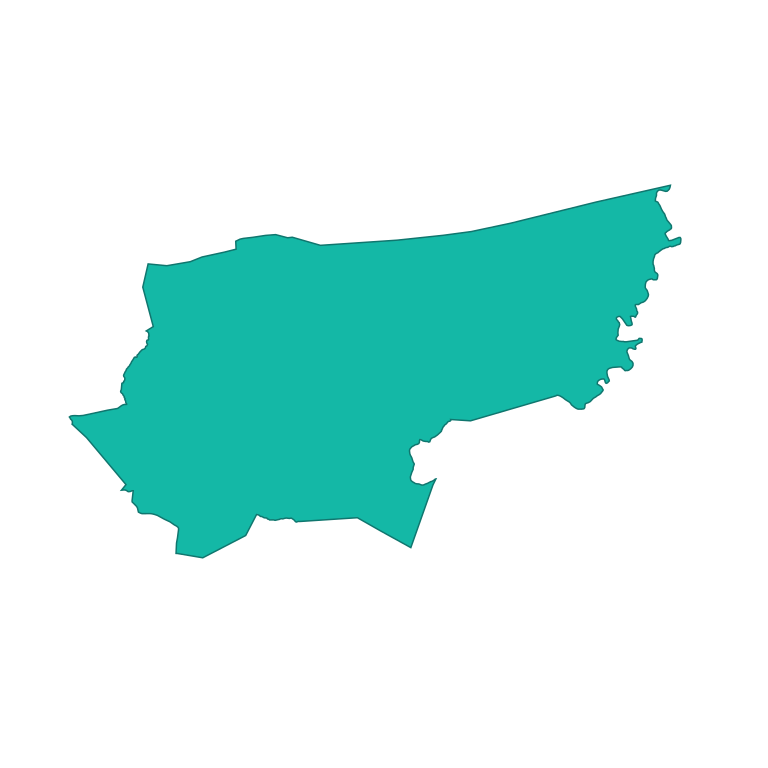 outline of Moamba, Maputo, Mozambique, rotated 81°
{"feature_id": "85939544B51879158696861", "entity_name": "Moamba", "entity_type": "district", "adm_level": 2, "iso_a3": "MOZ", "parent_name": "Mozambique", "parent_adm1": "Maputo", "projection": "robinson", "projection_center": [32.243, -25.316], "detail": "fine", "context": "isolated", "style": "filled", "palette": "teal", "viewbox_px": 768, "rotation_deg": 81, "n_neighbors": 0, "source": "geoboundaries", "source_scale": "gbopen_adm2", "svg_char_len": 6087}
<svg xmlns="http://www.w3.org/2000/svg" viewBox="0 0 768 768"><g transform="rotate(81 384 384)"><path d="M447.8,659.9L447.9,658.0L448.2,656.2L449.0,654.9L450.2,653.7L450.4,653.2L450.5,651.4L450.0,649.6L450.2,648.4L459.9,651.1L461.1,651.2L465.9,647.7L467.7,646.9L472.1,646.6L473.5,644.7L474.2,643.3L475.4,635.3L475.9,633.5L476.8,631.3L478.3,628.4L483.1,622.2L486.7,616.9L490.3,613.2L491.9,611.1L493.4,609.8L494.5,609.5L496.0,609.8L503.8,612.1L508.6,613.8L518.8,615.9L519.0,614.8L527.3,590.2L512.0,544.3L493.0,530.3L493.7,528.3L495.4,526.8L495.6,526.4L495.8,525.3L497.2,523.6L497.6,522.6L497.8,521.4L498.1,520.7L499.1,520.2L499.6,519.0L500.4,518.2L500.9,514.5L501.6,512.9L501.5,510.9L501.4,510.2L501.4,508.8L501.0,507.2L501.0,506.4L501.4,505.0L501.1,502.9L501.1,501.4L502.0,498.5L501.9,496.9L502.1,496.3L504.2,494.1L505.9,493.1L506.4,492.6L506.6,492.3L506.6,491.7L506.3,490.3L506.6,488.8L511.9,431.2L528.7,410.2L549.8,383.1L491.3,351.4L485.9,347.6L485.9,348.2L486.8,349.7L487.6,351.6L487.7,353.0L488.9,356.5L489.3,358.7L489.9,360.7L489.8,362.4L488.2,365.1L487.7,367.3L487.0,368.9L485.9,370.0L485.1,371.1L483.8,372.2L482.9,372.6L480.6,372.6L479.6,372.4L475.5,370.3L472.9,368.6L470.9,368.2L468.0,366.7L467.4,366.7L465.4,367.5L461.2,368.1L458.4,369.1L456.8,369.4L454.2,369.3L453.2,369.1L452.1,368.4L450.4,366.4L449.2,363.2L448.9,362.7L448.8,360.5L448.3,359.0L447.3,358.2L445.2,357.7L444.5,357.3L444.8,356.2L446.4,354.3L447.2,352.1L447.6,350.1L448.4,348.9L448.2,347.8L446.2,346.7L445.1,345.7L444.5,343.9L444.2,342.2L442.6,339.0L440.4,335.7L439.6,334.7L438.6,334.2L438.4,334.3L437.5,333.4L436.2,332.8L435.0,331.4L434.0,330.5L433.1,328.7L431.2,326.6L430.9,324.4L430.5,323.8L429.9,323.6L429.5,323.7L433.9,304.3L422.6,216.0L422.2,215.3L422.2,214.6L422.8,212.9L423.8,211.4L425.7,209.2L427.8,207.3L430.9,203.7L432.0,202.9L433.9,202.1L436.6,199.7L438.0,198.1L438.9,196.8L439.2,196.1L439.7,193.1L439.8,191.0L439.6,190.2L438.7,189.4L436.0,188.7L435.1,188.2L434.7,187.3L434.4,185.2L433.6,183.0L430.9,179.5L429.8,176.7L428.9,175.1L428.2,173.2L427.4,171.6L424.7,168.7L423.7,168.5L422.9,169.0L421.3,169.4L420.6,169.9L419.0,171.5L417.8,173.1L417.4,173.4L415.6,172.9L415.0,172.6L414.1,171.5L413.5,170.1L413.3,169.4L413.2,168.4L413.4,166.1L414.4,165.5L417.2,165.1L417.8,164.8L418.1,164.3L417.8,163.0L417.5,162.7L416.2,161.0L415.1,161.0L411.5,162.0L407.9,162.1L406.0,161.7L404.9,160.9L404.4,160.3L404.0,159.6L403.7,158.4L403.4,155.6L403.9,149.3L404.2,147.4L404.6,146.6L405.5,146.3L406.9,144.9L408.3,144.1L408.6,143.6L408.6,142.1L408.8,141.4L408.7,140.2L407.8,138.4L407.4,137.7L406.0,136.0L404.4,135.1L402.4,134.8L400.6,135.5L398.6,137.3L397.6,137.8L394.0,138.2L390.2,139.1L388.4,138.4L387.1,137.1L386.8,136.2L386.8,135.4L387.2,133.7L388.2,132.6L388.9,130.9L389.0,130.2L388.8,129.9L388.3,129.6L386.4,129.8L385.8,129.8L385.4,129.4L384.4,127.8L383.9,126.5L383.0,123.5L383.0,122.8L380.9,122.1L379.7,122.2L379.3,122.7L378.9,124.5L378.9,124.9L380.1,126.2L380.4,126.8L380.2,138.5L380.0,139.1L379.9,140.0L379.4,141.0L379.2,142.5L378.5,145.1L377.1,147.2L376.5,147.8L375.8,147.8L374.3,147.0L372.5,145.1L370.1,145.0L366.4,144.1L363.8,142.6L362.2,141.9L360.1,142.1L359.3,142.8L358.0,143.2L356.5,144.3L355.2,144.2L354.5,143.5L354.1,142.5L354.0,141.2L354.3,140.2L357.0,138.3L364.0,135.0L364.6,133.8L364.8,132.3L364.7,130.9L364.2,129.7L362.7,129.5L360.3,129.9L355.8,130.0L355.7,129.2L356.1,127.2L356.3,126.5L357.0,125.9L357.3,125.4L357.0,124.9L355.7,124.2L354.2,122.7L353.5,122.4L352.6,122.3L351.2,122.9L349.4,122.8L346.5,123.6L345.3,123.5L344.9,122.7L345.3,120.2L344.0,117.4L343.7,115.2L343.1,113.7L342.5,112.7L340.5,110.6L338.4,109.2L337.0,108.8L334.7,109.1L332.6,109.5L330.6,110.6L329.5,110.9L326.6,110.3L324.4,109.4L322.9,107.7L322.3,106.2L322.1,104.2L322.1,102.9L322.7,102.4L323.2,101.6L323.6,98.9L323.6,98.5L323.3,98.1L322.5,97.5L319.7,96.6L318.9,96.5L317.7,96.9L316.0,98.6L315.2,99.0L313.7,99.2L312.5,98.9L309.0,99.1L307.9,99.5L305.1,99.1L302.6,98.2L300.3,96.9L298.6,96.2L297.6,94.6L297.2,93.0L296.3,91.7L296.0,90.8L295.4,90.3L295.0,89.1L294.1,87.5L294.1,86.4L293.4,84.3L293.4,82.3L292.6,80.3L292.7,79.7L293.4,78.3L293.4,76.8L293.1,75.9L293.0,74.4L292.5,73.3L292.2,70.5L291.9,69.7L291.5,69.4L290.6,68.9L287.9,68.2L286.6,68.1L285.6,68.6L285.4,69.7L287.1,77.5L287.0,80.2L286.5,80.6L285.2,80.8L282.2,82.1L279.8,82.8L279.0,82.7L278.3,81.5L277.8,81.0L276.9,79.0L276.5,77.7L275.9,77.1L275.6,76.1L274.8,75.6L272.5,75.4L271.5,75.8L266.3,78.9L264.2,79.3L263.2,79.7L260.1,80.2L257.2,81.7L254.7,82.6L250.8,83.6L249.4,84.3L247.4,85.0L246.8,85.7L246.1,86.9L245.6,87.4L242.9,86.7L240.5,85.4L238.0,85.0L237.1,84.4L235.8,82.9L235.5,82.0L235.7,80.3L237.8,75.7L237.9,74.3L237.1,72.9L236.1,71.7L234.6,70.8L232.5,70.0L237.5,146.5L245.0,233.8L247.1,273.9L246.4,302.3L244.0,348.5L237.1,425.1L224.7,451.6L224.5,456.3L219.5,467.7L218.7,477.8L218.6,490.7L218.2,500.3L218.4,503.5L219.8,508.1L227.7,509.0L228.8,521.2L230.1,543.9L232.9,556.2L233.2,580.0L228.5,598.2L250.6,607.1L291.2,602.9L294.4,610.5L295.1,609.5L296.5,608.6L297.4,608.5L299.8,608.6L299.9,609.0L301.3,609.4L303.2,609.5L303.6,609.9L303.6,611.0L304.1,611.5L305.0,611.9L306.4,611.9L307.5,611.4L308.0,611.4L309.4,612.4L309.6,613.4L311.2,614.2L311.6,614.6L312.1,615.9L312.1,616.6L312.4,617.7L314.2,620.1L316.3,622.2L316.7,623.1L317.6,623.6L318.5,623.5L318.8,623.9L318.9,624.4L318.8,625.1L318.4,625.4L318.7,626.5L320.6,628.0L322.6,629.9L324.1,630.8L325.3,632.0L326.3,632.6L327.1,633.9L327.8,634.4L329.1,636.1L330.3,636.6L331.3,637.6L334.4,639.7L335.0,639.9L335.9,639.8L337.2,639.1L338.1,639.1L339.6,639.5L340.4,640.1L340.6,640.7L341.7,641.0L342.0,641.3L342.1,642.4L342.4,642.8L348.3,644.3L349.9,645.2L350.5,645.3L351.4,645.0L352.9,643.7L354.2,643.4L355.8,642.5L356.3,642.5L356.7,642.7L358.1,642.0L358.5,642.3L359.0,642.4L360.1,641.9L362.0,641.9L363.3,641.3L363.9,641.4L363.6,643.5L363.8,645.2L364.4,646.9L366.3,650.5L366.5,651.5L366.6,660.9L368.0,686.0L367.7,690.3L366.8,694.5L366.6,696.8L366.7,698.6L367.4,699.9L368.2,699.4L369.5,699.1L371.0,698.0L372.0,697.7L374.2,697.9L374.8,698.4L390.4,686.2L443.0,654.6L447.8,659.9Z" fill="#14b8a6" stroke="#0f766e" stroke-width="1.5"/></g></svg>